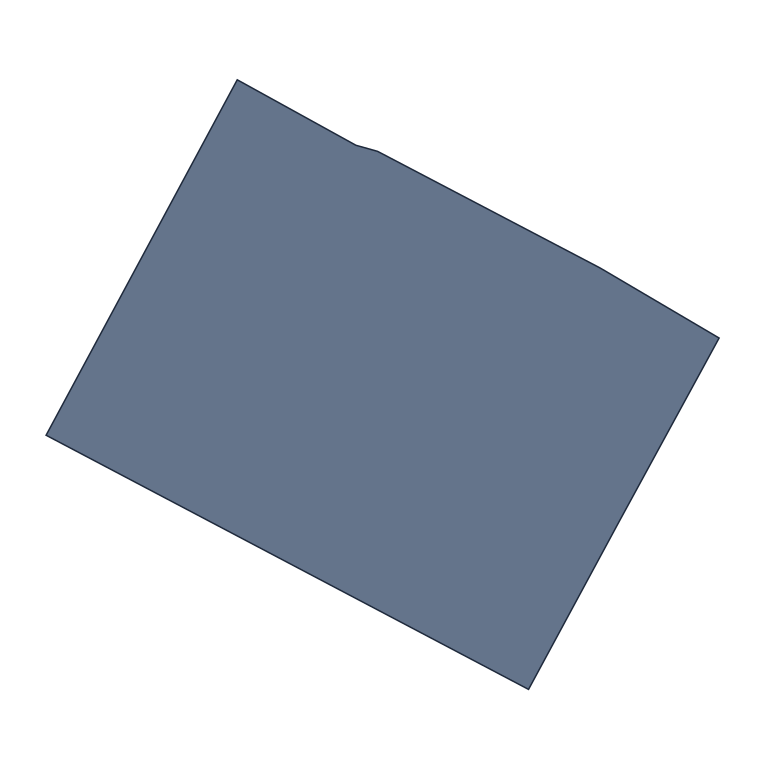 the district of Williamson, Illinois, United States of America, rotated 208°
{"feature_id": "52423323B83149544823658", "entity_name": "Williamson", "entity_type": "district", "adm_level": 2, "iso_a3": "USA", "parent_name": "United States of America", "parent_adm1": "Illinois", "projection": "natural_earth1", "projection_center": [-88.92, 37.73], "detail": "fine", "context": "isolated", "style": "filled", "palette": "slate", "viewbox_px": 768, "rotation_deg": 208, "n_neighbors": 0, "source": "geoboundaries", "source_scale": "gbopen_adm2", "svg_char_len": 279}
<svg xmlns="http://www.w3.org/2000/svg" viewBox="0 0 768 768"><g transform="rotate(208 384 384)"><path d="M658.3,180.1L113.0,182.2L111.8,372.6L109.7,581.9L247.6,587.9L498.9,586.4L520.9,581.6L656.4,583.7L658.3,180.1Z" fill="#64748b" stroke="#1e293b" stroke-width="1.5"/></g></svg>